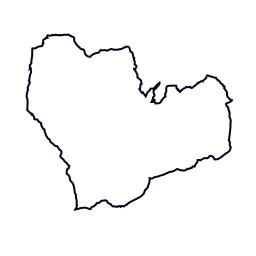 outline of Stroesti, Vâlcea, Romania, rotated 276°
{"feature_id": "2599482B70432473939661", "entity_name": "Stroesti", "entity_type": "district", "adm_level": 2, "iso_a3": "ROU", "parent_name": "Romania", "parent_adm1": "Vâlcea", "projection": "equal_earth", "projection_center": [23.929, 45.07], "detail": "fine", "context": "isolated", "style": "outline", "palette": "ink", "viewbox_px": 256, "rotation_deg": 276, "n_neighbors": 0, "source": "geoboundaries", "source_scale": "gbopen_adm2", "svg_char_len": 5823}
<svg xmlns="http://www.w3.org/2000/svg" viewBox="0 0 256 256"><g transform="rotate(276 128 128)"><path d="M116.2,231.5L117.1,231.8L119.5,232.2L121.9,230.9L124.6,230.8L125.6,230.2L126.1,229.6L132.7,229.8L139.7,229.8L143.5,229.4L144.4,229.5L146.1,229.4L148.6,228.5L150.1,227.7L153.6,227.5L154.6,226.9L154.8,227.1L157.2,225.8L158.3,225.8L159.1,225.4L160.0,223.9L162.1,222.9L162.7,223.1L164.3,226.4L166.1,228.4L166.5,228.5L167.0,226.9L167.0,226.4L169.9,223.4L173.3,222.8L174.5,222.3L177.6,219.5L178.3,219.8L178.9,219.4L179.4,219.6L179.6,219.5L179.8,218.3L181.2,217.5L182.4,215.2L183.4,214.7L184.4,213.6L184.5,213.0L185.0,212.7L185.1,212.0L186.0,210.9L187.1,210.4L187.5,206.5L188.0,205.1L188.0,203.4L188.5,202.8L188.7,201.4L188.0,200.9L185.6,200.3L182.9,197.7L182.1,197.5L182.4,196.7L182.0,195.6L181.1,194.5L180.8,193.9L180.1,193.5L179.7,193.1L180.0,192.4L178.8,191.9L177.2,190.1L176.0,189.1L174.9,187.7L174.6,187.5L174.4,186.7L175.3,185.8L175.6,185.2L174.8,184.2L175.0,181.6L174.3,181.0L173.6,180.7L173.0,178.9L172.2,178.4L171.3,177.4L169.4,176.1L169.4,175.6L171.3,174.2L170.8,173.7L171.0,173.4L171.9,173.1L172.5,172.6L172.8,172.0L174.4,171.8L175.1,171.4L174.6,166.5L174.0,163.2L173.2,162.2L170.8,161.8L169.7,162.2L167.9,162.2L166.7,161.7L165.3,161.3L163.1,162.0L161.7,160.3L158.9,158.5L157.0,157.8L156.3,157.0L155.8,155.9L155.5,154.7L155.6,153.2L155.3,152.7L158.0,151.1L158.5,151.5L158.9,151.3L158.8,150.5L158.3,150.0L157.8,149.8L156.4,149.8L156.3,148.7L159.9,149.9L160.4,149.7L161.4,149.8L162.9,151.0L163.6,150.9L165.2,149.9L167.8,149.5L169.3,150.6L170.5,151.8L173.7,153.9L175.5,154.8L176.3,154.6L174.5,152.7L170.7,150.1L170.2,149.5L169.8,148.7L169.6,146.7L169.2,146.1L168.4,146.0L167.5,145.3L167.2,145.3L165.8,143.8L161.2,142.3L165.0,139.1L164.3,138.2L167.6,135.4L168.3,135.3L168.7,135.9L172.8,135.9L173.4,137.0L174.2,136.5L176.2,136.2L176.9,135.7L179.4,132.0L181.5,132.0L184.8,130.0L187.2,127.8L187.6,127.8L187.4,129.1L189.9,130.1L190.5,129.9L191.0,129.6L191.8,128.0L194.5,127.8L195.7,127.4L196.5,126.7L197.2,126.5L198.0,127.0L198.5,126.6L199.1,125.9L202.6,124.8L203.9,123.7L204.2,122.5L207.3,121.3L208.6,120.3L208.8,119.9L208.8,119.2L208.6,117.1L207.8,116.4L207.6,115.6L206.8,114.7L206.2,113.7L205.6,112.4L205.5,111.3L205.0,110.3L204.7,109.0L204.4,105.7L204.7,104.0L204.8,103.1L203.9,101.0L202.7,99.3L203.1,96.9L202.5,94.2L202.8,92.9L202.0,92.1L200.2,91.2L199.8,90.8L199.1,88.1L198.2,86.8L197.9,85.9L196.5,84.2L194.8,83.1L194.9,81.4L195.3,79.9L196.7,77.9L199.1,76.8L200.6,76.3L201.4,75.6L201.5,75.2L201.3,74.0L202.2,72.1L203.1,71.3L203.8,70.0L204.6,69.4L205.4,68.2L207.2,66.9L208.0,66.1L209.5,65.3L210.1,65.2L210.9,65.3L212.4,64.7L213.0,63.2L213.0,62.7L213.5,61.8L213.6,60.8L214.4,60.0L214.6,58.6L214.6,58.0L214.1,56.8L214.2,55.2L213.2,51.9L213.4,50.4L212.8,49.4L213.2,47.6L212.8,46.3L213.2,45.7L212.6,44.5L212.5,44.2L212.8,43.3L212.2,42.9L212.2,42.1L211.9,41.8L211.7,40.9L211.6,39.3L211.8,38.5L210.3,37.7L209.8,37.9L209.2,38.4L208.9,36.7L207.9,36.3L207.1,34.7L205.1,34.4L203.3,35.0L203.1,34.5L202.8,34.3L201.3,34.4L200.8,34.2L200.5,34.0L200.2,32.5L199.2,29.5L198.0,28.3L197.1,25.6L197.2,24.7L195.7,24.5L194.7,24.7L189.9,25.1L184.0,24.9L183.0,25.0L182.6,25.2L180.4,24.2L180.4,23.9L179.2,23.9L178.3,24.2L177.9,24.0L177.7,24.1L177.6,24.4L177.1,24.3L177.4,24.6L177.3,25.1L176.3,25.2L176.6,24.8L176.2,24.7L175.8,25.2L173.6,25.9L170.5,25.0L165.9,24.8L164.4,24.5L164.3,24.9L163.7,25.4L162.4,25.6L161.0,24.9L160.0,24.7L157.8,24.0L156.0,24.3L155.7,24.7L153.6,24.0L150.1,23.8L148.6,23.9L146.2,24.9L143.1,25.5L135.3,25.9L132.7,29.2L131.9,31.5L131.3,31.5L131.4,30.8L131.1,30.8L130.7,32.2L130.2,32.7L128.2,33.8L127.3,33.8L126.8,35.0L126.9,35.5L126.8,36.1L127.0,36.6L126.9,37.1L125.0,38.6L124.5,39.4L123.8,41.2L122.7,41.4L122.1,41.2L119.6,42.8L118.8,43.5L118.3,43.7L117.9,45.0L115.3,45.7L113.5,46.8L112.5,46.9L111.2,47.9L110.6,48.6L109.3,49.3L108.8,50.2L108.8,50.5L108.3,51.2L108.0,51.5L106.9,51.8L106.2,52.3L105.1,53.7L104.3,55.2L103.9,55.6L103.5,56.3L102.8,57.0L102.3,59.2L102.4,59.7L99.6,61.7L98.3,63.8L97.7,64.2L96.2,64.5L93.3,63.6L92.5,63.8L91.2,64.9L90.3,66.7L88.2,68.5L86.6,70.9L85.1,72.1L84.2,73.6L81.4,73.1L81.2,72.2L79.7,71.6L77.7,71.6L76.0,71.9L75.7,72.8L73.8,74.8L70.0,76.0L68.6,77.2L67.6,78.6L66.3,79.2L65.6,79.8L61.4,81.1L57.6,82.0L56.3,83.1L53.2,83.5L50.8,84.5L47.1,84.9L45.6,85.4L44.4,85.0L42.9,85.1L42.3,84.3L41.4,84.0L42.8,88.0L43.4,89.3L44.3,93.2L44.2,94.9L43.5,97.8L43.3,99.0L44.4,99.7L45.1,99.7L45.9,100.6L46.1,101.4L46.5,102.1L47.6,103.3L48.9,104.3L50.1,104.8L50.4,105.7L50.4,106.6L50.6,107.1L52.8,109.2L53.8,113.4L53.5,113.7L53.1,114.8L51.6,115.6L51.1,116.9L50.5,118.0L50.3,118.9L48.9,120.3L48.5,121.1L48.4,121.3L48.7,121.8L48.4,125.2L48.9,125.6L48.9,126.5L49.0,126.7L49.1,127.1L49.5,127.6L49.3,127.9L49.5,128.6L48.9,129.0L49.0,129.1L49.3,128.9L49.4,129.3L49.8,129.8L49.6,132.1L50.1,132.4L51.3,134.3L53.6,136.6L54.1,137.3L54.8,138.1L59.4,145.4L60.0,146.0L60.2,146.6L61.6,148.2L63.0,149.5L64.6,150.6L68.0,151.4L68.1,151.8L69.6,152.8L69.9,153.2L71.4,154.0L71.8,153.8L75.0,154.7L77.1,155.0L78.0,154.8L79.0,155.1L80.0,154.7L80.4,154.6L80.6,155.3L80.1,156.3L80.3,157.3L82.0,159.8L83.0,163.2L84.1,165.2L84.5,166.5L85.3,168.2L87.8,172.6L88.8,174.0L89.1,176.2L90.4,178.6L92.3,180.9L92.2,181.9L91.9,182.9L91.9,183.5L91.4,184.9L91.7,186.4L91.5,187.1L91.5,188.2L92.0,189.6L93.6,191.2L93.7,191.7L93.6,192.6L94.0,193.5L94.9,194.4L94.9,195.5L96.3,196.2L96.6,196.5L96.5,198.2L97.0,198.5L97.8,198.4L98.6,199.0L99.8,199.3L101.0,200.4L101.9,200.6L103.3,200.5L103.6,201.5L103.5,202.0L103.7,202.4L103.4,203.6L103.9,203.9L105.9,206.9L106.2,208.6L106.1,209.7L107.3,211.5L108.3,211.8L108.8,212.4L108.8,213.9L108.5,215.2L108.2,215.7L105.8,217.5L105.8,218.0L106.1,218.5L106.0,218.9L106.4,220.5L108.3,223.3L110.6,225.5L111.6,226.8L112.4,227.2L113.4,228.8L115.4,231.0L116.2,231.5Z" fill="none" stroke="#020617" stroke-width="2"/></g></svg>